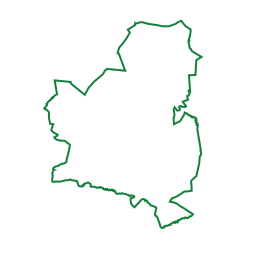 outline of Chapa de Mota, México, Mexico, rotated 83°
{"feature_id": "50627088B57428074978837", "entity_name": "Chapa de Mota", "entity_type": "district", "adm_level": 2, "iso_a3": "MEX", "parent_name": "Mexico", "parent_adm1": "México", "projection": "robinson", "projection_center": [-99.535, 19.819], "detail": "fine", "context": "isolated", "style": "outline", "palette": "green", "viewbox_px": 256, "rotation_deg": 83, "n_neighbors": 0, "source": "geoboundaries", "source_scale": "gbopen_adm2", "svg_char_len": 5774}
<svg xmlns="http://www.w3.org/2000/svg" viewBox="0 0 256 256"><g transform="rotate(83 128 128)"><path d="M221.5,74.0L221.0,74.5L218.9,77.1L216.0,80.5L214.8,81.8L211.9,85.7L209.6,88.1L208.6,89.5L207.8,90.9L206.8,93.4L206.3,95.3L205.5,94.6L205.1,94.6L203.8,93.2L203.2,93.1L202.4,89.6L201.9,87.9L199.7,83.2L198.3,80.8L198.0,79.5L198.2,76.1L198.0,72.4L196.5,72.3L193.4,72.0L192.4,72.1L191.2,71.8L190.6,72.1L188.2,71.7L186.2,69.2L184.0,66.0L171.8,61.6L165.5,60.4L164.8,60.0L163.2,58.6L159.7,58.6L158.9,58.8L158.7,58.4L153.0,58.7L151.4,58.7L144.7,59.1L137.7,59.3L136.5,59.2L134.4,58.5L134.4,58.8L133.3,59.6L132.6,59.5L132.5,58.5L131.9,58.5L131.7,59.4L131.4,59.4L131.2,59.3L130.9,59.8L130.2,60.2L129.0,59.1L128.3,60.0L127.9,59.6L127.7,59.7L127.2,59.1L126.2,60.3L125.8,60.0L125.2,61.2L125.2,61.7L125.4,62.1L125.1,62.2L125.1,62.9L124.6,63.0L124.7,63.5L124.1,63.5L123.9,64.4L123.5,64.7L122.6,65.3L122.6,66.4L121.6,67.0L120.9,68.0L120.7,67.9L119.6,69.8L121.8,70.8L126.9,74.9L127.6,75.5L129.8,81.9L123.9,81.6L121.1,80.3L118.2,80.3L115.5,80.4L113.2,79.2L114.9,78.0L116.5,77.2L116.8,76.5L116.8,75.8L116.5,74.5L116.3,74.3L115.6,74.2L115.0,74.4L114.3,74.5L113.9,74.8L113.5,74.9L113.3,74.6L112.9,74.3L112.6,73.9L112.5,73.4L112.6,72.8L112.8,72.5L113.7,71.7L113.8,71.3L113.7,70.5L114.1,69.0L113.5,67.7L108.6,70.5L107.3,65.0L106.5,65.4L105.6,65.2L104.8,65.3L104.7,65.2L103.6,65.3L103.6,64.7L103.3,64.0L102.5,63.7L101.4,62.6L101.1,62.5L100.8,62.5L100.2,62.9L99.8,63.0L98.8,63.4L98.4,63.3L98.3,63.1L98.6,63.0L99.1,62.3L99.2,61.8L83.1,61.1L83.6,54.6L68.9,51.9L66.4,46.4L60.7,53.7L59.2,55.4L58.8,55.4L57.4,56.0L57.1,56.0L56.7,56.3L56.7,56.6L55.7,57.2L53.6,57.1L51.4,57.2L49.5,57.6L49.2,57.5L49.2,56.7L48.8,56.4L48.1,56.4L48.0,56.7L47.6,56.9L46.5,56.4L45.7,55.9L44.3,55.5L44.3,55.4L43.1,55.0L39.6,54.0L37.7,53.9L36.9,55.0L35.1,57.0L34.0,58.5L28.0,62.2L29.4,66.1L30.6,68.6L31.5,72.7L32.0,74.4L31.4,80.7L29.5,86.4L26.9,96.0L26.7,96.1L24.7,101.2L24.5,103.4L25.1,104.8L25.1,107.4L25.0,108.0L24.9,108.1L26.6,108.3L29.2,113.6L30.3,116.2L33.6,114.5L36.8,117.0L38.1,117.9L42.9,122.3L47.2,127.0L52.5,129.2L52.9,128.1L70.8,123.8L66.8,141.6L67.8,142.9L68.1,144.0L69.4,144.7L70.9,145.8L71.8,146.7L78.0,156.2L83.2,162.1L89.8,166.9L76.7,179.4L75.3,179.2L71.8,195.0L86.0,194.3L86.1,195.2L86.8,196.6L87.6,197.8L88.1,197.9L88.1,198.8L89.2,199.1L89.2,200.3L89.7,200.2L90.3,201.2L91.1,201.9L91.0,202.2L91.3,202.6L91.3,202.8L92.5,204.5L93.9,205.0L94.1,205.3L94.2,205.9L94.9,205.6L95.1,205.8L95.4,205.7L98.3,208.7L98.8,208.3L99.3,208.1L99.2,207.3L102.7,204.5L108.0,205.2L114.3,204.8L115.1,201.8L116.1,202.4L117.8,203.0L120.3,204.3L121.1,204.2L121.8,203.7L122.9,202.8L124.7,200.7L125.7,199.0L126.3,198.7L126.6,198.7L126.9,198.9L127.3,199.6L128.0,202.1L128.3,202.2L128.8,202.2L129.9,201.3L131.2,199.6L131.7,198.4L132.1,197.1L133.0,192.4L134.1,191.1L135.7,189.9L136.2,188.9L137.7,187.7L138.0,187.7L146.9,190.7L152.2,192.9L153.0,192.9L153.8,193.1L154.3,193.4L155.1,195.0L155.6,196.6L155.6,197.2L155.3,198.0L155.3,198.4L156.4,200.1L157.1,202.3L157.3,203.9L158.2,206.5L158.9,207.1L159.2,207.3L159.7,207.3L159.9,207.2L160.5,206.4L160.5,206.6L161.0,207.4L163.1,208.4L163.6,208.4L164.0,208.7L166.2,208.5L166.8,208.6L169.5,209.6L172.0,209.5L172.3,209.1L172.5,208.7L172.3,207.8L172.3,206.6L172.5,204.8L172.8,203.5L172.9,201.5L172.3,196.5L172.5,194.0L172.1,191.2L172.7,190.7L173.2,189.7L173.2,189.0L173.4,188.2L174.0,187.0L174.1,185.7L174.2,185.3L177.1,184.5L179.5,184.0L180.0,182.9L180.4,181.1L180.4,180.1L179.9,179.2L179.2,179.8L178.9,179.2L178.9,178.6L178.0,178.3L177.9,177.8L178.0,176.6L177.7,176.3L177.3,174.5L177.4,173.9L177.8,173.4L178.3,173.0L178.7,172.3L179.0,172.1L179.8,171.9L180.5,171.9L181.5,172.3L181.6,172.2L181.8,171.1L182.1,170.5L182.2,169.9L182.0,169.2L182.2,168.6L183.0,167.2L183.1,166.5L183.6,166.0L183.6,164.4L183.8,163.3L183.2,162.9L183.2,162.6L184.4,160.3L185.0,159.9L185.6,160.0L186.2,158.9L186.3,158.3L185.9,158.1L185.7,157.7L185.9,157.0L185.9,156.2L186.3,155.9L186.9,156.2L187.0,155.2L187.5,154.7L187.0,154.0L186.9,153.3L187.1,153.1L187.7,153.0L187.8,152.8L187.8,152.5L187.2,152.4L187.2,152.2L187.9,151.2L187.6,150.9L188.0,150.7L187.8,150.5L187.9,150.1L188.1,149.9L188.4,149.9L188.4,149.3L188.5,149.1L189.0,149.3L189.2,148.6L189.4,148.4L189.8,148.5L191.1,148.1L192.2,146.6L191.9,145.2L191.9,144.4L192.3,143.6L192.4,143.1L192.0,142.2L192.0,141.8L192.7,140.5L193.1,138.7L194.2,137.0L194.3,136.2L194.5,135.7L195.8,134.8L195.6,134.3L195.6,133.8L195.3,133.2L195.3,132.8L195.4,132.4L195.7,132.0L195.9,131.3L196.2,131.0L196.5,130.3L197.0,130.1L197.8,131.0L198.0,133.4L198.2,133.9L198.6,134.1L203.4,134.2L204.6,133.5L206.2,132.5L207.5,131.3L204.8,128.1L203.9,126.8L200.9,123.5L200.6,123.2L200.3,121.5L200.8,120.2L201.2,119.9L202.0,120.2L202.3,120.1L202.2,118.7L202.3,118.1L202.6,118.0L203.6,118.0L204.1,117.9L204.7,117.0L205.9,115.8L207.4,115.2L207.7,114.7L208.2,113.3L209.4,111.2L209.7,110.4L210.0,110.1L210.4,109.8L210.8,109.7L213.2,110.5L216.6,111.6L217.2,111.9L218.3,111.6L218.5,110.9L218.9,110.5L220.1,110.1L220.4,109.6L225.6,108.6L225.9,108.4L226.5,108.3L228.3,108.0L229.5,108.0L230.6,107.3L231.5,106.5L231.1,105.3L230.8,105.0L231.2,104.6L231.2,104.1L229.8,103.4L229.6,101.5L229.9,101.3L229.9,100.9L229.6,99.9L229.2,99.4L229.3,99.0L229.3,98.7L229.2,98.8L229.0,98.6L228.9,98.4L229.0,98.2L228.0,95.9L227.7,95.5L227.4,95.5L227.4,94.5L227.2,93.9L227.2,93.7L227.9,93.3L227.9,93.2L227.0,93.3L226.9,93.1L227.2,92.0L227.1,91.9L226.7,92.2L226.7,91.9L226.8,91.6L227.7,91.0L227.8,90.6L227.7,90.2L227.1,89.9L226.3,90.1L226.0,90.0L225.8,89.8L225.9,89.6L226.1,89.3L226.1,89.1L225.5,88.7L225.6,87.7L224.5,86.2L224.6,85.3L224.2,84.3L224.5,82.9L223.8,82.1L224.1,81.1L224.5,80.8L224.7,80.4L224.7,79.7L224.0,78.3L223.4,78.1L223.3,77.2L223.3,76.0L222.1,74.7L221.5,74.0Z" fill="none" stroke="#15803d" stroke-width="2"/></g></svg>